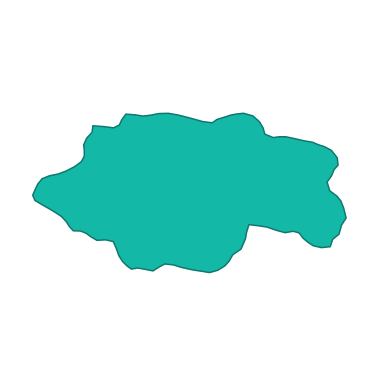 Piedade de Caratinga, Minas Gerais, Brazil (Natural Earth projection), rotated 280°
{"feature_id": "56859067B22598928706692", "entity_name": "Piedade de Caratinga", "entity_type": "district", "adm_level": 2, "iso_a3": "BRA", "parent_name": "Brazil", "parent_adm1": "Minas Gerais", "projection": "natural_earth1", "projection_center": [-42.045, -19.762], "detail": "fine", "context": "isolated", "style": "filled", "palette": "teal", "viewbox_px": 384, "rotation_deg": 280, "n_neighbors": 0, "source": "geoboundaries", "source_scale": "gbopen_adm2", "svg_char_len": 1465}
<svg xmlns="http://www.w3.org/2000/svg" viewBox="0 0 384 384"><g transform="rotate(280 192 192)"><path d="M258.3,130.8L258.1,122.3L257.2,113.4L251.0,110.3L245.4,108.8L241.6,103.7L241.1,93.8L240.0,82.9L233.4,83.2L226.7,78.9L219.4,77.1L214.3,78.7L208.4,79.7L202.6,77.7L196.7,72.1L190.8,64.4L186.6,57.3L183.1,48.6L179.1,42.1L173.1,38.8L166.8,37.0L161.1,35.7L156.4,38.8L153.3,47.0L150.4,55.1L147.9,61.5L145.2,67.7L140.8,73.5L136.5,77.4L133.2,81.8L134.2,89.0L133.0,94.8L130.4,100.0L127.9,106.8L129.9,115.3L129.5,123.1L123.8,126.9L116.6,131.0L111.5,135.7L108.0,140.7L105.5,145.7L107.7,151.5L107.7,159.7L107.5,167.3L112.3,172.5L116.4,177.7L117.0,186.1L115.9,194.8L115.4,205.9L115.6,214.3L115.7,223.3L119.4,231.0L125.0,237.2L130.2,240.5L137.4,243.1L144.3,250.2L155.3,252.8L161.1,252.7L169.7,253.7L170.2,261.8L170.5,271.5L168.9,282.0L168.1,290.7L170.9,298.5L170.3,304.5L165.6,309.7L162.3,315.5L160.1,320.8L159.7,329.1L162.1,337.6L169.8,338.8L176.0,344.1L185.3,345.0L193.2,348.3L202.8,344.0L209.1,340.1L213.2,335.3L217.1,327.5L225.3,323.3L232.1,326.6L238.9,328.1L243.8,331.2L250.9,329.1L257.2,322.1L259.7,314.3L260.5,308.2L261.9,302.3L261.9,293.6L262.4,283.2L262.7,275.0L261.6,268.6L259.7,262.4L261.6,253.7L267.6,250.8L272.8,246.3L277.5,238.8L278.5,229.1L276.6,222.5L274.5,216.9L270.9,210.1L267.7,203.9L263.7,200.0L263.2,190.4L264.1,181.2L264.8,173.1L265.4,165.1L265.4,155.1L263.5,145.7L260.5,138.0L258.3,130.8Z" fill="#14b8a6" stroke="#0f766e" stroke-width="1.5"/></g></svg>